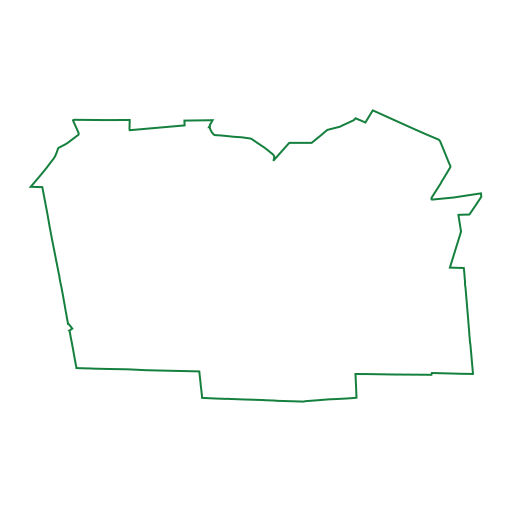 Comana, Constanta, Romania (Natural Earth projection)
{"feature_id": "2599482B35418579984246", "entity_name": "Comana", "entity_type": "district", "adm_level": 2, "iso_a3": "ROU", "parent_name": "Romania", "parent_adm1": "Constanta", "projection": "natural_earth1", "projection_center": [28.343, 43.896], "detail": "fine", "context": "isolated", "style": "outline", "palette": "green", "viewbox_px": 512, "rotation_deg": 0, "n_neighbors": 0, "source": "geoboundaries", "source_scale": "gbopen_adm2", "svg_char_len": 3457}
<svg xmlns="http://www.w3.org/2000/svg" viewBox="0 0 512 512"><path d="M481.0,193.4L478.0,193.8L453.7,197.5L432.1,199.6L431.6,199.4L431.4,198.6L431.6,197.7L433.2,195.2L436.9,189.4L441.2,182.7L441.4,181.9L443.8,178.1L447.3,172.3L449.2,169.1L449.7,168.3L449.9,167.9L450.2,167.3L450.4,166.8L450.4,166.7L450.4,166.3L450.4,166.2L449.8,164.8L449.1,163.2L448.4,161.6L447.7,159.8L447.3,158.8L444.4,151.7L442.5,147.0L440.3,141.7L439.7,140.7L438.6,139.6L427.0,134.7L415.6,129.7L372.8,110.4L372.3,111.1L365.4,122.5L365.0,122.3L355.6,118.3L353.8,120.2L341.9,125.7L340.0,126.7L339.9,126.7L327.4,129.9L327.3,130.0L326.1,130.9L325.4,131.5L320.7,135.5L311.6,142.9L302.4,142.9L289.2,142.9L273.3,160.8L273.8,159.6L274.1,158.1L274.3,156.6L273.7,155.3L272.8,154.3L268.6,150.9L264.7,147.8L257.2,142.8L251.6,139.0L250.4,138.5L248.1,138.2L241.8,137.3L234.0,136.8L226.4,136.0L220.2,135.4L216.0,135.2L214.6,135.0L213.6,134.4L211.8,132.3L210.5,129.8L209.7,127.6L209.8,127.2L209.0,127.2L209.7,126.0L209.7,125.7L209.8,125.4L210.0,124.5L210.6,123.8L211.7,121.8L211.9,121.4L212.0,121.3L212.6,120.2L184.4,120.6L184.6,125.4L129.7,130.2L129.5,129.1L129.7,120.0L122.6,120.0L106.9,120.1L74.2,119.8L73.2,120.1L73.0,120.4L74.6,124.0L76.5,128.3L78.4,132.5L78.7,133.9L78.6,134.3L78.5,134.6L78.4,134.8L78.0,135.1L67.1,143.3L64.3,144.9L60.4,146.9L58.8,147.7L58.4,148.1L58.1,148.4L57.0,151.6L56.6,152.7L55.2,156.1L53.6,158.7L50.7,162.4L46.7,167.7L42.0,173.5L32.5,184.7L30.7,186.8L31.3,186.8L37.3,187.0L42.3,187.1L47.4,213.9L49.9,228.2L52.7,242.9L53.3,245.8L55.4,256.4L56.4,261.8L56.5,261.9L59.0,274.8L59.3,275.7L59.4,276.2L59.4,276.4L59.5,277.8L60.4,282.5L61.4,287.1L63.2,296.8L64.0,301.4L64.8,305.8L64.9,306.5L65.1,307.6L65.3,308.8L65.5,309.9L65.8,311.6L66.3,314.0L66.3,314.3L66.5,315.4L66.6,316.0L66.7,316.3L67.0,318.4L67.9,322.9L68.0,324.0L69.0,324.3L69.5,325.1L71.0,326.9L72.3,328.6L69.4,330.6L69.6,330.7L70.1,333.7L70.1,333.9L70.3,334.8L70.8,337.7L71.6,341.6L72.0,343.7L72.4,345.9L73.1,349.6L73.6,352.5L73.8,353.6L73.9,354.3L74.0,354.8L74.1,355.2L74.7,358.7L75.2,361.1L75.3,361.7L75.6,363.6L76.2,366.4L76.3,367.1L76.3,367.3L76.4,367.8L76.5,367.9L76.5,368.1L91.3,368.5L92.6,368.6L104.2,368.9L115.5,369.1L121.2,369.2L126.9,369.3L129.7,369.4L145.8,370.2L146.5,370.2L154.1,370.4L154.6,370.4L158.0,370.5L158.6,370.5L176.1,370.9L199.1,371.4L199.3,371.5L199.3,371.8L200.0,378.0L200.3,380.8L200.5,382.4L200.6,383.7L200.7,384.8L201.7,393.4L202.1,397.9L202.4,397.9L217.4,398.6L217.6,398.6L223.1,398.8L225.6,398.9L226.4,398.9L227.4,398.8L228.9,398.9L231.1,399.0L232.1,399.0L233.8,399.1L236.8,399.2L244.7,399.5L251.9,399.7L264.2,400.1L264.6,400.2L275.8,400.6L275.9,400.8L283.3,401.0L303.6,401.6L305.3,401.2L319.6,400.1L324.5,399.7L329.4,399.3L335.0,399.1L344.8,398.6L352.5,398.1L353.6,398.0L356.5,397.7L356.3,392.5L355.5,374.0L369.5,374.1L394.0,374.5L431.4,374.8L431.9,373.0L443.6,373.3L458.3,373.7L461.2,373.8L463.1,373.8L469.5,373.9L472.7,374.0L473.0,373.9L470.3,343.5L470.1,343.1L469.7,338.7L469.7,338.1L469.5,336.4L469.3,334.3L469.3,333.7L469.2,332.1L468.6,324.7L468.4,322.5L468.1,318.6L468.1,318.4L467.0,305.7L466.9,304.1L466.4,298.4L465.7,289.9L465.4,286.8L465.2,286.0L464.9,282.6L465.0,282.3L465.1,282.2L464.6,277.0L464.3,272.8L463.8,268.0L463.7,268.0L450.0,267.6L449.9,267.6L460.8,232.4L460.7,232.4L461.0,231.3L458.4,214.9L458.8,214.8L462.8,214.7L466.6,214.6L468.0,214.6L469.4,214.5L470.5,212.9L475.4,205.7L481.3,196.8L481.1,195.0L481.0,193.4Z" fill="none" stroke="#15803d" stroke-width="2"/></svg>